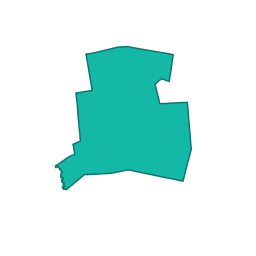 the district of Saceni, Teleorman, Romania, rotated 32°
{"feature_id": "2599482B67630674957093", "entity_name": "Saceni", "entity_type": "district", "adm_level": 2, "iso_a3": "ROU", "parent_name": "Romania", "parent_adm1": "Teleorman", "projection": "equal_earth", "projection_center": [25.054, 44.231], "detail": "fine", "context": "isolated", "style": "filled", "palette": "teal", "viewbox_px": 256, "rotation_deg": 32, "n_neighbors": 0, "source": "geoboundaries", "source_scale": "gbopen_adm2", "svg_char_len": 5054}
<svg xmlns="http://www.w3.org/2000/svg" viewBox="0 0 256 256"><g transform="rotate(32 128 128)"><path d="M202.8,143.9L202.4,142.6L200.7,137.4L200.0,135.1L199.3,133.2L198.7,131.1L198.3,130.0L193.2,113.3L193.1,112.7L189.3,107.7L188.5,106.7L188.1,106.1L186.7,104.2L186.0,103.2L185.6,102.8L184.3,101.0L182.7,98.8L181.8,97.6L180.4,95.8L180.2,95.5L179.4,94.5L178.5,93.1L177.8,92.3L177.2,91.5L177.1,91.4L176.7,90.9L175.3,89.1L172.6,85.3L172.0,84.5L171.2,83.4L170.8,83.0L170.6,82.7L169.7,81.4L169.1,80.6L168.8,80.3L167.9,79.0L167.1,78.0L165.9,76.3L165.0,75.1L164.7,74.9L162.8,76.1L161.1,77.3L160.4,77.8L158.5,79.1L154.1,82.2L153.8,82.4L151.9,83.8L151.6,83.9L151.2,83.9L151.1,84.1L151.0,84.3L150.9,84.4L150.6,84.6L148.6,86.1L142.3,90.4L142.0,90.4L141.9,90.4L139.1,87.5L131.7,80.4L128.0,76.8L127.9,76.7L127.7,76.6L129.0,72.4L130.3,68.4L136.8,67.0L137.7,66.8L138.2,66.7L137.1,64.0L135.6,60.5L135.5,60.3L135.5,59.9L135.3,59.7L134.5,57.8L133.3,54.9L131.7,51.6L131.1,50.1L130.3,48.5L129.3,46.1L127.7,42.3L127.6,42.1L127.4,41.9L127.2,41.9L126.0,42.4L121.1,44.3L119.9,44.8L118.4,45.5L115.7,46.6L105.7,50.7L98.0,53.9L96.9,54.3L87.1,58.2L86.3,58.5L85.7,58.7L84.2,59.4L83.9,59.5L82.2,60.8L81.4,61.4L80.6,61.9L79.6,62.6L76.8,64.7L76.0,65.3L72.4,69.0L71.7,69.8L71.0,70.5L70.2,71.3L68.5,73.1L62.5,79.1L61.1,80.5L60.0,81.6L58.5,83.2L53.2,87.6L53.6,88.1L54.5,89.0L61.5,96.8L64.4,100.1L65.2,101.0L65.3,101.1L67.1,103.2L67.4,103.5L68.3,104.5L68.6,104.8L69.4,105.8L70.5,107.0L73.0,109.7L73.3,110.1L74.6,111.5L76.9,114.2L77.7,115.3L77.3,115.6L76.7,116.0L75.4,117.1L73.2,119.1L72.7,119.5L71.2,120.7L68.9,122.9L67.6,124.0L66.2,125.2L65.4,125.9L66.5,127.3L68.7,130.1L69.1,130.6L70.3,132.1L71.4,133.4L72.6,135.1L74.4,137.5L74.9,138.3L76.7,140.6L77.7,142.0L78.3,142.9L80.3,145.5L80.7,146.1L82.9,149.0L83.4,149.6L83.7,150.0L84.5,151.0L85.1,151.9L86.3,153.4L89.4,157.4L90.5,158.8L91.3,159.9L92.3,161.3L94.1,163.7L94.6,164.3L90.0,171.0L91.6,172.6L94.5,175.9L95.9,177.4L95.9,177.7L97.0,178.9L95.4,180.4L94.8,181.0L94.1,182.0L93.9,182.5L93.6,183.3L93.0,184.4L92.8,184.7L92.4,185.4L92.2,185.7L92.0,186.4L91.6,187.1L91.5,187.5L91.2,188.1L91.0,188.7L89.4,192.4L89.0,193.5L88.4,194.7L87.6,196.7L87.4,197.1L87.3,197.3L87.1,197.7L87.0,197.8L86.9,198.0L86.6,198.2L86.6,198.3L86.8,198.4L87.2,198.5L87.4,198.7L87.4,198.9L87.5,199.1L87.6,199.3L87.5,199.5L87.3,199.7L87.3,199.8L87.5,199.9L87.9,199.5L88.0,199.2L88.0,198.9L88.3,198.5L88.7,198.3L88.8,198.2L88.7,198.1L88.6,197.8L88.6,197.7L88.9,197.7L89.3,198.1L89.4,198.3L89.6,198.3L89.8,198.3L90.0,198.1L90.5,198.2L90.8,198.5L91.0,198.6L91.5,198.5L91.8,198.6L92.1,198.6L92.3,198.7L92.3,199.4L92.5,199.4L92.9,199.3L93.0,199.3L93.1,199.1L93.3,199.1L93.7,199.2L94.0,199.4L94.3,199.5L94.3,200.1L94.5,200.2L94.8,200.2L95.1,200.1L95.3,200.1L95.3,200.6L95.3,200.8L95.8,201.1L95.8,201.3L95.5,201.5L95.4,201.7L95.3,201.8L95.6,202.2L95.8,202.3L95.9,202.5L95.9,202.8L95.9,203.1L95.8,203.3L96.2,203.9L96.6,204.2L97.1,204.2L97.3,204.2L97.3,204.4L97.0,204.8L97.0,205.1L97.2,205.3L97.3,205.2L97.5,205.1L97.7,204.8L97.8,204.7L98.0,204.8L98.1,205.1L98.1,205.4L98.1,205.5L98.3,205.5L98.6,205.2L99.1,205.3L99.2,205.1L99.3,205.0L99.5,205.1L99.6,205.6L99.9,205.7L100.0,205.9L99.9,206.0L99.7,206.2L99.7,206.5L99.6,206.8L99.5,207.0L99.2,207.1L99.1,207.3L99.2,207.5L99.5,207.6L99.8,207.6L99.9,207.8L99.7,208.0L99.8,208.2L100.0,208.3L100.5,208.2L100.7,208.3L100.8,208.7L100.8,208.8L101.2,208.9L101.3,208.8L101.6,208.6L102.1,208.8L102.5,208.8L102.6,208.6L102.8,208.6L103.1,208.9L103.2,209.1L103.1,209.3L102.9,209.5L102.8,209.9L102.8,210.0L103.0,210.1L103.4,209.9L103.5,209.9L103.6,210.0L103.5,210.3L103.5,210.5L104.2,210.5L104.7,210.6L104.8,210.7L104.8,211.0L105.1,211.2L105.1,211.3L105.0,211.8L104.9,211.9L104.8,212.0L104.4,212.0L104.1,212.2L103.8,212.2L103.6,212.3L103.7,212.6L103.6,212.8L103.7,213.1L103.9,213.2L104.3,213.4L104.6,213.5L104.8,213.5L105.0,213.7L105.4,213.7L105.5,213.7L105.8,214.0L106.1,214.1L106.3,213.9L106.5,213.5L106.7,213.1L107.0,213.0L107.3,213.0L107.7,213.1L108.1,213.2L108.3,213.1L108.5,212.9L108.4,212.5L108.5,212.4L108.8,211.4L108.9,211.1L109.0,211.0L109.0,210.7L109.2,210.2L109.6,209.3L109.7,208.8L110.0,208.0L110.7,206.2L110.9,205.5L111.6,203.5L112.1,202.0L112.3,201.0L112.5,200.5L112.6,200.2L112.7,199.9L113.4,197.8L113.5,197.4L113.9,196.0L114.3,194.9L114.6,194.0L114.7,193.7L115.0,193.1L115.3,192.2L115.5,191.5L115.6,191.2L115.6,190.8L115.6,190.7L115.9,190.5L116.4,190.2L116.7,189.9L118.4,188.8L118.5,188.6L118.6,188.8L122.3,186.1L124.5,184.6L124.9,184.4L125.7,183.8L127.6,182.4L128.4,181.8L128.9,181.6L130.2,180.5L131.1,180.0L131.6,179.6L132.6,178.9L135.0,177.3L135.7,176.8L137.6,175.4L138.4,174.7L138.8,174.3L141.0,172.1L141.5,171.7L142.7,170.6L142.9,170.3L143.1,170.1L143.5,169.8L143.5,169.7L144.1,169.3L145.0,168.4L146.0,167.4L147.8,165.8L149.1,164.5L150.0,163.7L150.4,163.4L150.9,163.2L154.7,161.7L155.5,161.5L156.3,161.2L156.8,161.0L160.0,159.8L164.3,158.2L167.7,157.0L167.7,156.9L168.7,156.6L169.4,156.4L172.6,155.1L184.2,150.9L190.9,148.3L197.1,146.0L200.6,144.7L202.8,143.9Z" fill="#14b8a6" stroke="#0f766e" stroke-width="1.5"/></g></svg>